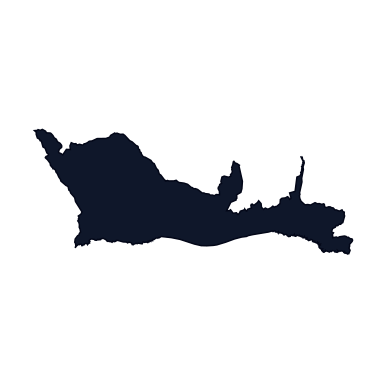 outline of Camana, Arequipa, Peru, rotated 335°
{"feature_id": "86281439B8928059178056", "entity_name": "Camana", "entity_type": "district", "adm_level": 2, "iso_a3": "PER", "parent_name": "Peru", "parent_adm1": "Arequipa", "projection": "orthographic", "projection_center": [-72.661, -16.401], "detail": "fine", "context": "isolated", "style": "filled", "palette": "ink", "viewbox_px": 384, "rotation_deg": 335, "n_neighbors": 0, "source": "geoboundaries", "source_scale": "gbopen_adm2", "svg_char_len": 6016}
<svg xmlns="http://www.w3.org/2000/svg" viewBox="0 0 384 384"><g transform="rotate(335 192 192)"><path d="M305.6,205.5L305.7,211.3L304.9,212.1L304.4,213.9L303.7,213.7L303.1,214.7L302.0,215.4L302.2,216.2L301.3,217.4L301.4,218.0L300.7,218.2L300.1,219.5L298.8,220.2L298.6,221.5L296.7,223.0L293.4,222.8L285.7,235.0L280.1,234.1L279.3,238.8L278.7,239.8L277.3,239.9L277.3,237.8L276.5,236.6L274.2,236.8L270.8,235.7L268.9,236.2L266.9,239.7L262.7,240.9L261.2,240.4L260.2,240.7L259.3,239.0L256.8,239.7L254.0,239.7L253.3,239.5L251.6,237.5L249.6,238.1L248.5,235.3L249.7,231.7L248.7,228.1L246.9,229.2L243.1,230.1L242.2,229.9L241.5,228.4L240.4,228.3L239.6,229.2L239.1,231.6L235.1,231.2L233.6,232.4L233.0,231.9L232.6,229.7L232.3,230.1L230.8,230.2L227.7,229.8L226.1,231.2L224.1,231.9L223.5,229.6L220.3,228.7L219.4,224.4L218.0,224.7L215.4,223.6L222.8,217.7L228.5,217.9L229.0,217.0L230.0,216.6L231.3,213.4L236.1,213.0L238.6,210.1L242.2,203.6L245.5,188.5L246.3,187.8L244.6,185.0L243.5,184.3L242.9,181.9L242.2,182.1L240.4,184.7L238.3,186.6L238.3,187.5L237.6,188.3L237.3,190.3L236.2,191.7L234.3,192.5L233.7,194.1L231.3,194.0L227.9,191.2L225.5,191.1L222.7,194.6L222.4,196.6L220.3,196.9L219.1,198.4L217.9,198.8L217.1,200.1L217.2,202.8L215.8,206.1L212.8,204.5L210.9,204.9L208.9,203.2L207.4,202.8L206.5,201.0L203.2,199.0L202.4,197.9L200.9,197.3L198.2,192.1L196.5,190.4L194.9,189.7L194.2,188.2L193.2,187.4L191.3,183.2L188.5,180.6L184.0,177.7L182.6,174.7L180.2,174.3L175.6,172.2L174.7,171.2L173.5,171.2L173.1,170.6L172.7,170.9L172.4,170.5L170.9,163.5L169.9,161.9L170.5,157.9L169.7,155.6L169.7,150.3L168.6,148.9L168.1,146.0L164.3,140.7L162.7,139.4L162.2,136.5L162.5,134.7L161.9,133.8L162.3,131.4L161.6,130.3L162.3,128.2L162.1,127.4L160.9,126.1L159.0,121.4L157.2,119.1L155.0,112.3L154.0,110.5L151.3,109.4L148.9,107.0L147.2,106.7L146.9,105.9L142.1,106.3L140.6,107.5L136.6,107.1L128.6,103.5L123.0,103.5L120.3,102.6L118.1,103.1L115.5,103.1L114.6,102.7L113.6,103.2L112.5,103.2L110.2,101.2L107.6,100.8L107.2,99.1L105.3,98.4L103.4,96.3L100.9,98.6L99.7,102.1L96.2,100.3L90.6,103.7L89.3,101.5L88.2,100.6L88.0,99.2L89.8,97.2L92.6,96.5L93.4,95.3L93.5,94.3L93.0,92.1L91.3,89.6L91.3,86.8L90.0,84.6L89.8,82.0L89.0,79.4L88.4,78.6L85.1,76.9L85.0,75.0L82.8,72.0L80.6,72.0L78.8,70.4L77.9,70.8L75.2,69.8L76.1,72.1L75.2,73.8L74.7,77.7L76.0,79.5L76.1,81.5L77.0,82.1L76.0,88.2L77.4,90.2L77.0,95.3L78.0,97.0L76.7,98.2L74.8,98.1L73.7,98.7L73.6,99.1L74.7,101.7L75.5,105.6L75.5,107.0L75.0,107.5L75.4,110.0L76.0,110.8L75.8,112.2L76.7,112.7L77.5,114.1L77.2,116.8L77.7,118.2L77.6,122.1L78.1,125.0L77.8,126.7L80.5,132.7L82.0,134.6L81.2,138.3L81.9,139.7L81.6,141.6L83.3,147.5L82.4,151.5L83.9,163.6L81.9,165.2L78.8,165.7L78.7,167.9L77.6,168.4L77.5,169.4L76.3,169.9L76.6,171.9L76.1,174.1L74.9,176.3L74.8,178.7L74.0,181.3L72.5,181.9L71.5,183.1L69.8,183.3L66.3,185.2L64.5,188.0L64.7,189.2L64.0,191.6L62.5,193.3L64.2,192.2L66.8,191.5L67.5,192.1L68.0,191.8L69.5,192.4L69.5,194.1L70.4,194.3L71.0,193.8L72.0,194.2L72.7,193.4L73.2,193.5L75.2,194.5L75.1,195.5L76.6,194.8L77.6,195.0L77.8,194.1L78.5,193.7L78.1,192.8L79.0,192.1L81.0,192.0L83.3,193.6L83.8,194.7L85.3,195.5L86.7,195.1L87.2,195.9L88.2,195.8L88.4,196.4L89.2,196.5L89.9,195.9L92.0,196.5L93.8,198.8L94.4,200.9L95.1,200.9L96.1,202.0L96.8,202.1L98.1,203.5L98.6,203.2L98.6,203.7L99.7,203.4L100.9,204.3L102.3,204.4L102.9,203.9L104.4,204.6L108.6,208.2L111.5,209.7L112.1,210.9L113.6,210.8L115.1,212.0L115.6,212.5L115.6,214.4L116.6,215.0L117.2,214.7L119.6,214.9L120.5,215.7L121.6,215.6L124.9,217.9L126.6,216.6L127.9,217.7L129.3,217.9L130.4,219.0L130.6,218.7L131.7,219.1L131.8,218.5L132.1,218.9L133.1,218.3L133.8,219.3L134.2,218.7L135.5,219.3L135.5,218.9L136.7,218.4L137.1,219.0L140.1,218.5L141.7,219.4L142.4,219.1L142.9,219.6L145.3,219.3L154.0,224.6L161.2,229.9L172.2,240.2L177.7,244.5L182.7,247.0L188.8,249.4L192.2,250.4L201.3,251.7L210.8,252.5L217.9,253.8L222.6,255.3L224.7,255.3L229.1,256.3L244.5,260.6L248.3,261.2L248.7,262.1L250.3,261.9L250.9,262.4L250.6,263.2L250.9,263.6L252.8,264.6L252.8,265.6L253.5,264.9L253.4,265.8L254.7,266.2L256.5,267.7L257.2,269.8L258.7,269.8L259.7,270.4L259.9,271.9L260.8,273.3L262.0,273.6L261.9,273.2L263.8,273.0L265.3,274.4L266.9,273.6L266.6,275.5L267.4,276.0L268.8,275.5L270.6,277.1L271.1,276.7L271.5,278.1L272.9,278.4L272.5,279.1L274.1,280.4L273.7,280.6L274.7,281.1L275.0,280.6L275.0,281.2L275.9,281.8L275.7,282.2L276.7,282.1L276.3,283.1L275.9,283.2L276.5,283.7L276.9,283.4L276.6,284.0L277.2,285.3L279.6,285.6L279.8,285.3L280.9,286.4L280.4,287.8L281.6,288.2L281.4,288.9L281.8,289.1L282.4,288.8L282.3,289.6L283.3,290.8L284.3,290.5L284.1,291.0L284.8,291.2L284.0,291.5L284.4,292.7L285.6,293.2L284.6,293.4L285.6,294.3L284.2,294.6L283.8,296.0L284.6,298.0L285.9,298.7L285.2,298.9L284.9,299.8L285.4,300.2L285.1,300.4L285.7,302.1L286.4,302.3L286.5,301.7L287.0,301.7L287.8,302.1L288.3,301.6L288.4,302.2L289.1,302.3L291.2,304.5L292.5,304.1L293.0,304.8L294.7,304.5L296.1,305.7L296.1,306.3L296.6,306.2L296.4,306.8L298.1,308.0L299.0,307.5L299.2,306.6L299.8,307.9L300.1,307.6L302.0,308.5L302.7,308.4L304.1,309.9L304.0,310.8L304.4,311.5L305.2,310.8L305.1,312.3L306.0,312.5L306.2,313.1L306.9,313.5L306.2,314.1L307.0,313.8L308.0,314.2L310.6,311.7L310.6,309.2L312.0,307.7L312.6,306.1L316.2,304.5L317.2,303.5L317.2,302.2L315.3,300.8L314.7,299.2L313.4,298.6L312.8,297.3L311.5,296.3L306.7,294.9L304.9,295.1L303.8,293.8L300.2,292.9L300.9,291.6L301.1,290.0L303.0,288.8L302.0,287.6L301.9,286.7L304.1,284.5L306.9,284.5L308.7,283.3L309.8,284.1L311.8,283.4L313.1,284.1L314.3,283.5L315.7,283.5L320.2,278.2L320.4,276.6L321.5,274.6L320.5,273.6L320.4,271.6L317.4,271.6L315.2,269.2L314.0,268.7L313.3,266.2L311.8,265.1L311.1,264.0L309.7,263.2L307.4,262.9L306.3,262.1L306.1,261.2L306.7,259.2L306.4,258.4L304.3,258.0L302.5,256.3L300.6,255.6L299.0,253.7L293.9,253.9L291.7,252.3L289.0,251.4L286.9,246.5L287.0,243.2L287.8,240.8L288.9,239.6L289.0,238.4L295.9,229.3L297.2,225.9L302.5,218.6L303.2,216.2L306.0,213.1L306.6,210.9L305.8,209.7L306.4,207.7L305.9,208.0L305.6,205.5Z" fill="#0f172a" stroke="#020617" stroke-width="1.5"/></g></svg>